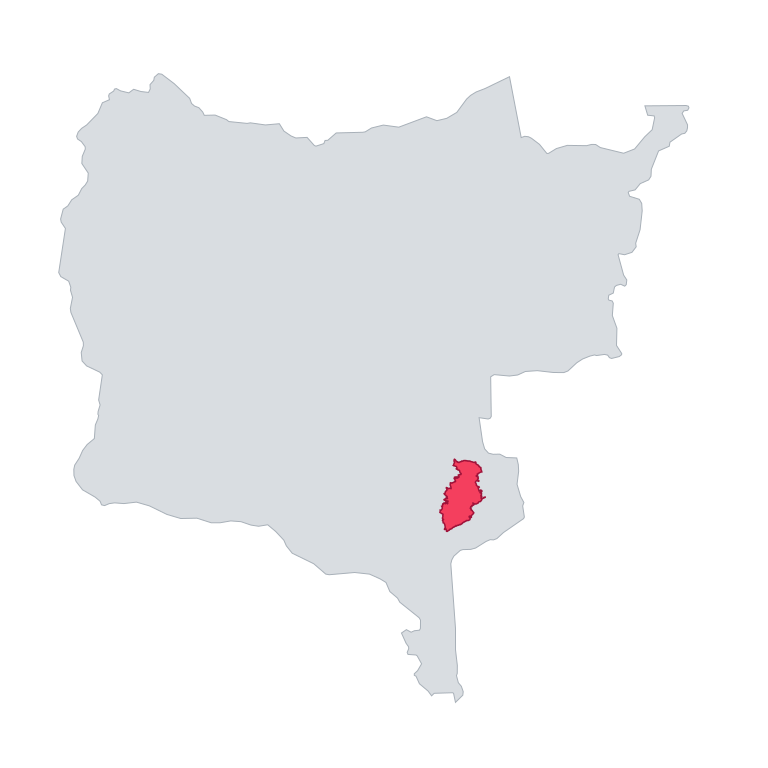 location of Feshi, Bandundu, Democratic Republic of the Congo, rotated 267°
{"feature_id": "63176286B93121803325272", "entity_name": "Feshi", "entity_type": "district", "adm_level": 2, "iso_a3": "COD", "parent_name": "Democratic Republic of the Congo", "parent_adm1": "Bandundu", "projection": "orthographic", "projection_center": [18.318, -6.306], "detail": "fine", "context": "in_parent", "style": "filled", "palette": "rose", "viewbox_px": 768, "rotation_deg": 267, "n_neighbors": 0, "source": "geoboundaries", "source_scale": "gbopen_adm2", "svg_char_len": 9414}
<svg xmlns="http://www.w3.org/2000/svg" viewBox="0 0 768 768"><g transform="rotate(267 384 384)"><path d="M684.3,525.4L622.9,533.9L624.0,537.5L623.3,541.3L621.7,544.1L615.2,551.8L605.7,558.7L605.7,560.4L610.1,568.5L612.7,579.5L611.4,598.7L612.4,603.9L612.1,607.9L608.8,612.4L601.9,635.4L605.6,646.6L617.2,657.3L623.9,665.1L635.7,668.2L637.6,667.8L638.6,661.4L648.1,659.1L646.3,700.2L645.5,702.5L643.8,703.0L641.5,701.6L641.0,697.6L638.6,695.9L626.9,700.7L624.0,700.5L620.9,699.6L618.6,697.5L618.1,694.3L610.5,682.2L606.5,681.3L602.4,670.4L584.5,662.2L577.5,661.5L574.0,659.0L570.7,650.4L564.7,644.9L563.6,638.8L562.4,637.9L558.6,639.1L555.1,648.6L550.9,650.8L543.4,650.9L524.7,647.8L511.4,642.7L507.8,643.0L502.5,638.5L500.5,631.0L501.9,625.4L500.9,624.5L480.2,629.0L475.2,631.9L470.5,631.1L469.1,629.5L471.2,625.6L470.3,621.3L468.8,619.3L462.8,617.7L460.9,613.1L457.2,612.4L455.9,613.1L455.0,616.2L452.7,617.2L440.4,615.6L427.5,619.5L410.3,618.2L402.0,623.0L400.8,622.8L399.1,620.4L397.6,612.6L398.5,610.5L401.1,608.9L402.0,605.8L401.3,597.7L402.0,595.8L401.1,591.1L398.6,583.7L395.1,577.6L387.4,568.4L386.0,564.2L386.6,553.9L389.3,537.8L389.1,525.8L386.0,518.0L385.4,509.6L387.6,494.5L385.6,490.9L346.0,489.4L344.3,488.3L343.6,486.2L345.4,477.2L321.3,479.4L314.0,481.1L309.5,484.7L308.1,489.3L307.9,495.9L304.2,502.1L303.2,512.7L296.5,513.9L289.8,513.9L276.9,511.6L264.4,514.6L258.3,517.5L255.0,516.1L243.8,517.2L242.3,516.4L229.4,495.5L223.7,488.6L222.6,485.2L223.0,481.9L221.4,477.6L215.4,466.9L214.3,461.9L214.5,454.0L213.8,451.4L208.4,444.7L204.8,442.5L200.9,441.3L136.1,442.6L114.7,441.5L99.1,442.5L91.2,442.0L89.0,441.1L81.8,442.6L78.1,445.4L72.6,447.0L69.1,446.4L62.3,438.7L71.4,437.3L72.1,436.5L72.5,417.9L70.1,415.2L75.0,412.0L82.8,403.7L90.5,400.7L91.5,399.0L93.1,399.1L95.9,402.5L102.6,406.9L110.8,402.9L111.7,401.8L112.7,393.8L114.8,393.1L118.3,394.8L120.3,394.8L123.9,392.5L134.4,388.4L137.5,393.5L134.7,398.1L136.0,401.4L136.3,406.5L138.0,407.6L146.3,408.1L148.7,406.9L165.2,388.4L169.5,386.3L176.4,379.0L185.7,375.6L189.6,369.9L194.9,359.6L197.3,344.8L196.4,319.3L197.2,315.9L208.2,304.4L219.8,283.5L227.5,278.0L233.3,275.8L242.3,268.2L249.5,260.5L248.5,251.3L250.1,243.7L254.0,234.0L255.3,223.8L254.0,213.0L254.5,204.1L259.8,190.1L260.3,174.0L265.1,160.4L274.6,143.3L279.0,130.6L278.2,118.0L279.4,108.7L278.9,103.3L277.2,98.6L278.1,95.6L281.7,94.4L286.1,89.7L294.1,77.4L302.8,71.4L308.8,69.6L315.1,69.8L319.2,70.9L325.8,75.7L333.4,79.6L339.1,84.4L344.7,91.9L358.2,93.6L364.0,96.4L367.5,97.4L368.8,96.7L371.6,97.1L377.9,99.4L383.0,98.2L407.9,103.2L410.7,100.8L417.6,88.0L422.8,83.7L431.3,83.3L437.9,85.8L441.5,85.9L471.8,75.1L475.8,74.7L486.9,77.5L494.1,75.8L497.0,76.3L503.2,74.5L508.1,66.9L512.3,65.0L556.0,74.0L562.6,70.1L565.7,69.7L575.4,72.8L578.4,77.6L584.3,81.8L588.5,88.6L595.0,92.4L598.4,96.1L602.2,98.7L610.1,99.7L620.0,93.8L627.1,94.6L634.2,98.0L636.6,98.0L641.9,94.5L644.7,90.8L647.4,90.0L651.6,91.8L655.1,95.4L658.2,100.6L669.1,112.4L679.6,117.5L682.3,124.7L686.1,124.1L688.0,124.8L690.7,129.4L692.6,130.3L693.0,132.2L690.5,136.3L688.1,144.4L691.4,149.4L688.8,156.6L687.5,164.1L690.9,166.0L695.2,166.0L699.3,170.0L702.4,170.7L705.7,174.9L705.0,178.3L694.8,190.3L679.4,204.9L674.2,206.5L671.5,209.3L669.6,213.6L665.1,217.2L661.7,218.6L661.4,229.4L656.2,240.6L654.2,242.8L651.4,261.0L651.8,264.2L648.9,279.1L649.4,293.1L641.8,297.3L636.6,304.1L634.3,308.8L634.3,320.1L625.8,326.9L625.1,328.5L627.2,336.5L630.3,337.9L630.3,340.6L637.2,349.4L636.5,375.9L636.8,378.5L640.3,384.9L642.6,396.9L639.7,412.2L648.6,440.4L644.2,450.6L646.0,460.5L651.4,470.9L664.2,481.4L667.7,485.6L670.8,491.3L673.7,500.2L684.3,525.4Z" fill="#d9dde1" stroke="#a8b0b8" stroke-width="1"/><path d="M277.3,440.9L276.9,440.7L276.7,440.9L276.3,441.7L276.0,441.9L275.5,441.2L274.5,441.2L274.2,440.7L274.1,440.4L273.5,440.1L273.0,439.5L271.9,439.4L271.6,439.2L271.4,438.3L271.2,438.3L270.9,438.9L270.4,438.9L269.8,439.5L269.5,440.1L268.8,440.2L268.6,440.9L268.4,441.1L267.9,441.3L267.6,441.3L267.2,441.1L267.4,440.5L267.2,440.3L266.9,441.0L266.4,441.3L266.2,441.0L266.2,439.8L266.1,439.2L265.8,438.4L265.5,437.9L265.2,438.0L265.1,438.3L264.8,438.3L264.9,438.6L264.6,439.2L264.2,439.4L264.3,439.5L264.2,439.8L264.2,440.1L264.0,440.5L263.8,441.7L263.4,441.8L262.6,441.3L261.4,441.4L261.2,441.1L261.9,440.8L262.5,440.4L262.6,440.2L262.6,439.6L262.5,439.1L262.3,439.0L261.5,439.6L261.3,439.4L261.3,438.7L262.0,437.9L262.0,437.6L261.9,437.3L261.0,436.9L261.1,436.3L260.7,436.2L259.0,436.1L258.9,435.2L257.7,435.7L256.7,435.7L256.2,435.5L255.3,434.5L255.0,434.4L255.0,433.8L255.1,433.5L253.7,433.4L253.0,433.1L252.8,433.1L252.7,433.5L251.8,434.5L251.1,435.8L250.8,436.1L250.0,436.0L249.6,435.8L248.9,435.9L247.7,435.6L247.2,435.3L246.8,435.3L246.5,435.5L245.8,436.2L245.4,435.5L245.2,435.5L244.9,435.4L244.6,435.3L244.4,435.7L243.7,435.7L243.5,435.8L242.3,435.8L242.0,436.6L240.8,437.2L239.9,437.4L237.6,437.7L236.3,436.9L235.6,436.8L235.5,437.1L236.1,438.0L236.0,438.3L235.0,438.6L233.7,438.7L233.6,438.8L233.5,439.2L233.5,439.4L233.6,439.8L234.0,440.0L234.3,440.7L234.5,440.9L234.5,441.0L234.5,441.3L234.8,441.7L235.4,442.0L235.5,442.5L235.5,442.8L235.8,443.2L235.8,443.6L235.9,444.1L236.1,444.3L236.3,444.3L237.3,445.6L237.3,446.2L237.5,446.5L237.6,446.4L237.9,447.2L238.1,447.3L238.3,447.8L238.2,448.0L238.3,448.6L238.5,448.6L238.6,448.8L238.8,448.8L238.7,449.1L238.8,449.4L239.0,449.4L238.8,449.5L238.8,449.8L239.1,450.2L239.0,451.0L239.4,451.4L239.4,451.8L239.6,452.0L239.4,452.6L239.7,453.0L239.8,453.0L239.8,453.5L240.0,453.6L240.2,454.3L240.4,454.4L240.7,454.6L240.8,454.8L240.7,454.9L240.8,455.1L241.2,455.3L241.2,455.7L241.3,455.5L241.6,455.9L242.0,456.5L241.9,456.8L242.3,457.1L242.3,457.4L242.4,457.6L242.5,458.1L242.8,458.6L243.0,458.7L243.2,458.9L243.1,459.1L243.1,459.4L243.4,459.7L243.2,460.8L243.9,462.5L244.6,462.9L245.0,463.0L246.7,462.1L247.3,462.1L247.6,462.6L247.6,463.2L247.2,463.5L246.4,463.7L246.2,463.9L246.2,464.2L246.3,464.3L246.6,464.4L247.0,464.1L247.4,464.1L248.3,464.7L249.6,466.2L250.5,466.9L250.9,466.9L252.2,465.8L252.8,465.6L253.2,465.3L253.4,464.7L253.8,464.7L254.0,464.3L254.4,464.5L255.1,464.4L255.4,463.7L257.0,464.3L257.0,464.7L256.8,465.2L256.9,465.3L257.1,465.4L257.7,465.2L258.0,465.4L258.1,465.5L258.0,465.8L258.2,466.6L258.6,467.3L258.9,467.2L259.4,466.7L259.7,466.6L260.4,466.7L260.1,467.3L259.6,467.8L259.5,468.3L259.3,468.6L259.5,469.1L259.4,469.6L259.5,470.3L260.0,471.0L260.2,471.8L261.0,472.2L261.5,472.9L261.5,473.9L261.6,474.1L262.2,474.6L262.4,475.1L263.8,475.7L264.4,476.4L265.5,479.1L265.8,479.1L265.8,478.8L265.4,477.4L265.0,477.0L264.8,476.5L264.8,476.2L264.5,475.2L264.9,475.0L266.1,475.2L266.5,475.7L266.8,475.8L266.9,475.7L267.0,475.0L267.7,474.9L268.2,475.4L269.2,475.7L269.8,475.6L270.1,475.1L270.1,474.9L270.3,474.9L270.4,474.6L270.9,475.3L271.0,475.0L271.2,475.3L271.2,475.6L271.4,476.0L271.5,476.1L272.4,476.1L272.7,475.8L273.0,475.0L272.8,474.9L272.7,474.3L272.2,474.1L272.1,473.6L272.2,473.3L275.5,472.6L275.8,473.5L276.0,473.7L276.6,473.3L276.4,472.8L276.5,472.4L278.1,470.9L279.0,471.0L281.0,470.1L281.3,470.2L281.8,470.5L282.4,471.1L282.7,471.6L282.6,472.1L281.9,473.0L281.9,473.5L282.2,473.7L282.6,473.6L283.2,472.7L283.4,472.4L283.9,472.5L284.6,473.1L284.9,473.2L285.3,472.9L285.8,473.1L285.8,472.9L286.1,472.8L286.6,472.8L286.8,471.8L287.2,471.4L287.3,471.5L287.4,471.4L287.5,471.4L287.6,471.7L287.5,471.9L287.7,472.5L288.1,472.7L288.4,472.4L289.1,472.5L289.0,472.9L289.4,473.2L289.8,473.4L290.1,474.3L290.9,475.7L291.1,477.1L292.8,476.7L293.3,476.4L293.6,476.4L293.8,476.2L294.1,476.2L294.3,476.4L294.7,476.3L295.3,476.4L295.5,476.3L295.5,475.9L295.9,475.5L296.3,475.2L296.5,475.1L296.6,474.6L297.0,474.4L297.4,474.4L297.6,474.1L298.0,473.9L298.1,473.6L298.4,473.4L298.7,472.6L299.3,472.1L299.5,471.7L300.2,471.4L300.7,471.6L300.8,471.4L301.1,471.5L301.3,471.4L301.3,471.0L301.1,470.7L300.9,470.3L301.1,469.9L301.0,469.7L301.3,468.6L301.6,468.2L302.1,466.4L302.6,465.8L302.5,465.1L302.7,464.9L302.7,464.5L302.6,464.3L302.7,464.0L302.6,463.7L302.9,463.3L302.9,462.6L303.2,462.0L303.1,461.8L303.3,461.5L303.2,461.1L303.3,460.8L303.4,459.9L303.3,459.4L302.9,458.8L303.0,457.8L302.7,457.8L302.6,457.2L302.4,456.8L302.4,456.1L301.9,455.3L301.9,454.7L301.7,454.6L302.1,453.7L302.1,453.2L302.4,453.0L302.6,453.1L303.1,452.1L304.2,451.5L304.7,451.1L304.7,450.8L305.1,450.6L305.2,450.4L305.0,450.2L304.1,450.0L303.8,449.9L303.2,449.9L302.6,450.2L302.2,450.4L300.3,449.5L299.4,449.3L299.1,448.9L298.7,449.4L298.7,449.9L298.2,450.8L297.8,452.0L297.1,452.2L296.7,452.4L296.3,452.4L295.5,451.7L295.4,451.8L295.1,452.2L295.0,453.0L294.4,453.2L293.8,454.8L293.6,454.9L292.0,455.2L291.5,455.4L290.7,456.2L290.3,456.4L290.0,456.3L289.5,455.9L289.6,455.6L289.4,454.7L289.6,454.4L289.2,453.9L289.2,453.5L288.7,453.5L287.7,454.0L287.3,454.1L286.2,452.6L286.1,452.0L286.3,452.0L287.0,452.6L287.4,452.4L287.4,450.0L287.3,449.8L287.2,449.9L286.5,450.7L286.3,450.6L286.0,450.1L286.0,449.9L286.4,449.4L286.2,449.1L285.9,449.1L284.9,449.8L284.3,449.9L284.0,450.2L283.2,450.4L282.6,449.9L282.6,449.5L282.7,449.4L282.5,449.2L282.5,448.9L282.0,448.0L281.8,447.1L281.6,447.0L281.4,446.6L281.5,446.4L281.7,446.0L281.7,445.7L281.9,445.5L281.8,445.1L279.7,444.8L277.4,445.5L276.9,445.4L276.1,445.5L276.0,445.4L276.4,445.0L276.5,444.7L276.4,443.7L276.2,443.2L276.2,442.8L276.5,442.6L276.6,442.2L277.0,441.8L277.3,440.9Z" fill="#f43f5e" stroke="#9f1239" stroke-width="1.5"/></g></svg>